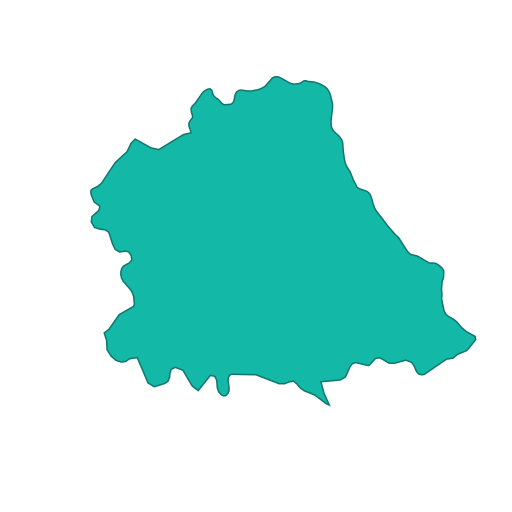 the Metropolitan department of Nièvre, rotated 158°
{"feature_id": "FRA-5329", "entity_name": "Nièvre", "entity_type": "Metropolitan department", "adm_level": 1, "iso_a3": "FRA", "parent_name": "France", "parent_adm1": "", "projection": "mercator", "projection_center": [3.438, 47.114], "detail": "fine", "context": "isolated", "style": "filled", "palette": "teal", "viewbox_px": 512, "rotation_deg": 158, "n_neighbors": 0, "source": "natural_earth", "source_scale": "10m", "svg_char_len": 3138}
<svg xmlns="http://www.w3.org/2000/svg" viewBox="0 0 512 512"><g transform="rotate(158 256 256)"><path d="M399.3,172.9L403.7,178.9L404.1,206.3L412.0,208.1L416.4,207.0L420.9,208.3L425.0,211.8L427.9,217.6L429.2,224.9L426.1,233.9L425.6,241.5L419.7,243.2L404.8,252.9L388.2,255.2L386.9,256.8L384.7,263.9L384.4,267.6L384.9,271.6L388.5,282.1L388.9,286.0L388.3,289.5L386.9,292.5L385.0,294.8L382.8,296.3L375.8,297.1L372.7,298.8L371.5,303.3L372.6,307.6L375.1,309.4L381.2,310.9L384.1,315.0L384.5,320.8L383.6,333.2L386.0,336.7L390.7,339.4L395.0,343.0L396.0,349.3L393.3,354.0L384.6,357.2L382.4,360.1L382.5,361.4L385.5,366.1L385.8,367.0L385.9,373.9L385.4,376.7L384.4,378.7L382.8,379.4L376.5,379.9L371.8,381.5L351.5,395.4L336.3,401.1L329.8,407.2L324.2,409.7L313.0,395.7L306.3,391.1L277.5,395.8L270.4,394.5L269.9,396.0L269.6,398.4L269.6,401.2L268.4,404.5L266.1,406.3L263.0,408.0L262.2,410.5L262.0,413.4L261.0,417.2L258.6,419.0L255.2,420.4L244.6,427.3L241.7,428.4L238.4,428.8L235.9,428.2L234.9,426.4L235.1,424.2L235.3,421.9L235.0,419.6L233.7,417.3L232.2,415.1L230.5,410.3L229.0,408.2L222.5,406.1L219.9,406.7L218.1,408.4L215.2,413.1L212.5,415.4L210.0,416.0L207.7,415.5L202.4,412.4L198.5,410.7L191.6,409.4L187.4,409.4L184.1,409.9L174.0,415.0L171.0,415.0L168.3,413.8L166.3,411.7L159.6,403.4L156.6,401.2L152.1,399.8L149.1,399.7L146.6,400.4L145.2,400.3L144.1,399.8L142.1,398.2L137.3,395.8L132.3,391.7L128.7,387.1L127.6,385.0L127.2,383.7L126.9,382.1L126.7,380.3L126.8,376.7L128.0,368.9L128.2,367.9L129.5,364.8L135.5,353.8L137.0,350.0L137.8,347.3L137.6,344.6L137.3,343.3L136.9,341.9L134.2,336.2L133.6,334.4L133.0,331.4L133.1,329.5L133.4,327.8L135.6,321.3L137.7,312.9L138.4,308.9L138.4,306.1L138.0,303.2L137.2,298.8L137.2,289.4L136.6,282.4L136.1,281.2L135.4,280.3L134.6,279.3L129.7,275.1L128.5,273.7L127.3,271.1L127.1,268.3L127.3,265.1L128.0,259.5L128.0,256.6L127.8,253.8L126.1,247.2L125.6,245.8L122.6,234.6L118.9,223.8L117.1,220.1L116.7,218.9L114.3,205.5L113.4,202.3L112.2,199.9L111.2,198.9L107.0,196.0L105.3,194.2L98.8,185.6L98.0,184.8L96.9,184.1L94.3,183.1L93.2,182.5L92.1,181.7L91.0,180.5L89.8,178.8L88.2,175.7L87.7,173.7L87.5,172.1L87.9,170.8L90.1,166.0L93.2,162.1L96.2,156.3L96.9,154.4L97.2,153.2L98.0,150.6L99.8,147.0L100.2,145.6L102.1,135.2L102.0,132.3L101.6,130.4L100.4,128.2L96.0,122.5L94.5,119.6L92.2,112.7L89.4,107.3L87.6,105.1L82.8,99.1L83.5,97.6L83.6,96.2L94.0,90.3L96.4,89.4L106.2,89.3L111.5,87.4L117.9,89.0L144.3,83.2L147.0,83.8L149.3,85.5L150.4,88.4L150.7,95.7L151.5,98.9L156.0,103.3L167.7,104.7L172.8,106.8L177.6,113.2L179.9,115.5L183.8,116.2L191.3,112.5L192.9,112.3L203.4,119.8L206.9,120.1L210.4,118.0L218.4,110.3L224.5,109.5L242.9,115.1L244.4,102.8L243.8,90.3L246.1,92.5L253.6,105.1L261.5,112.7L264.3,116.8L265.9,121.8L268.0,125.8L271.9,126.8L277.5,126.9L282.5,129.0L300.5,145.9L323.0,155.5L325.2,155.3L327.1,153.8L328.5,150.9L330.3,144.0L331.6,141.1L333.8,138.9L336.3,137.9L338.5,138.5L340.2,140.4L341.4,143.8L341.3,148.1L339.0,155.4L339.3,159.9L343.1,162.4L360.0,152.8L363.8,159.2L366.6,177.5L372.6,183.0L377.1,182.7L379.5,179.8L381.5,175.9L384.6,172.8L388.0,172.0L399.3,172.9Z" fill="#14b8a6" stroke="#0f766e" stroke-width="1.5"/></g></svg>